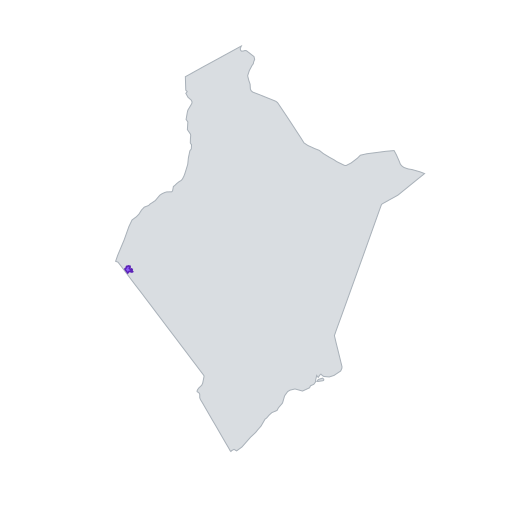 Suna West, Nyanza, Kenya (highlighted), rotated 20°
{"feature_id": "3690345B37794826705018", "entity_name": "Suna West", "entity_type": "district", "adm_level": 2, "iso_a3": "KEN", "parent_name": "Kenya", "parent_adm1": "Nyanza", "projection": "natural_earth1", "projection_center": [34.385, -1.091], "detail": "fine", "context": "in_parent", "style": "filled", "palette": "violet", "viewbox_px": 512, "rotation_deg": 20, "n_neighbors": 0, "source": "geoboundaries", "source_scale": "gbopen_adm2", "svg_char_len": 4244}
<svg xmlns="http://www.w3.org/2000/svg" viewBox="0 0 512 512"><g transform="rotate(20 256 256)"><path d="M125.9,309.0L125.8,302.5L126.6,286.1L126.5,271.8L127.2,264.5L130.2,260.0L131.7,256.7L132.7,252.0L134.3,248.3L137.9,245.2L138.6,243.5L142.4,238.4L144.8,231.8L146.5,229.5L148.7,227.4L150.2,226.3L152.8,225.3L154.7,224.6L155.1,224.1L155.3,223.0L154.6,218.9L155.5,217.6L156.8,214.9L158.4,212.3L159.8,210.7L160.5,209.0L160.9,206.2L161.0,204.1L160.9,200.8L160.5,193.2L158.9,186.9L157.9,179.8L158.6,177.5L157.3,173.3L156.7,173.1L155.6,172.2L154.3,168.3L153.3,164.7L152.6,163.8L148.3,160.7L146.1,153.3L143.6,151.6L142.3,144.3L142.1,142.2L143.5,134.9L143.3,133.2L141.9,131.7L137.8,130.1L134.4,127.1L134.9,126.0L135.1,125.0L133.3,124.2L128.3,111.7L134.8,104.2L141.4,96.6L149.9,87.0L157.7,78.1L164.4,70.5L170.4,63.7L170.3,65.0L170.3,66.7L171.0,67.8L172.3,68.5L174.0,67.7L175.5,66.6L176.9,66.4L185.9,69.3L187.5,71.7L187.4,74.4L187.7,76.3L187.1,78.3L186.3,84.1L186.5,89.5L189.2,93.5L191.7,96.6L193.6,101.0L195.0,102.4L196.9,103.1L203.1,103.2L212.3,103.5L221.1,103.8L221.9,103.9L223.8,104.5L231.9,110.4L239.4,115.9L245.7,120.6L251.8,125.2L257.7,129.6L262.4,133.3L266.9,134.4L274.3,135.0L279.4,135.1L284.1,136.7L291.1,138.1L296.4,138.9L299.5,139.7L308.3,140.6L309.8,140.1L313.6,136.0L317.9,129.3L319.6,125.6L325.2,122.0L335.1,116.9L342.0,113.3L349.7,109.7L353.2,112.8L358.1,117.9L360.2,120.3L362.0,121.4L364.6,122.2L367.8,122.2L369.5,122.1L373.1,121.4L381.5,120.8L386.2,120.9L382.2,127.5L377.4,135.5L368.6,150.2L361.9,157.9L356.8,163.8L356.3,164.8L356.3,171.3L356.4,187.2L356.6,219.1L356.7,250.9L356.8,282.7L356.8,298.6L356.9,304.0L361.3,310.7L365.7,317.2L371.5,325.9L374.6,330.5L375.1,332.0L374.9,335.1L370.1,341.6L366.2,344.6L361.0,346.0L359.4,345.7L357.4,344.8L356.6,346.3L356.0,348.8L354.8,348.2L353.9,347.5L354.4,351.8L355.0,354.0L354.2,356.8L351.6,359.3L351.4,361.5L345.9,367.0L338.1,367.6L333.9,370.4L332.1,372.6L330.7,377.6L331.2,385.1L329.0,391.0L328.6,393.9L324.5,397.7L322.7,401.1L321.4,404.6L320.3,406.2L318.9,414.1L317.0,418.9L316.5,420.5L316.0,421.9L314.6,424.7L313.6,426.7L312.9,428.0L308.1,440.3L304.4,445.8L301.5,445.2L299.6,447.3L299.3,448.3L298.3,447.8L295.9,445.7L290.9,441.6L285.9,437.4L280.9,433.2L275.9,429.0L270.9,424.9L265.9,420.7L260.9,416.5L255.9,412.3L252.9,409.9L251.6,408.4L250.6,405.6L250.1,404.8L248.8,403.9L247.2,403.7L246.8,403.2L246.8,401.8L247.3,399.8L249.2,396.0L249.4,393.7L249.0,391.1L248.4,387.1L247.9,386.1L244.6,384.0L237.7,379.5L230.7,375.0L223.8,370.5L216.8,366.0L209.9,361.5L202.9,357.0L195.9,352.5L189.0,348.0L182.0,343.5L175.1,339.0L168.1,334.5L161.2,330.0L154.2,325.6L147.2,321.1L140.3,316.6L133.3,312.1L130.7,310.4L128.4,309.0L125.9,309.0ZM357.3,352.6L356.1,353.0L356.7,350.8L360.3,348.0L361.8,348.6L362.1,349.3L362.0,349.9L361.4,350.4L357.3,352.6Z" fill="#d9dde1" stroke="#a8b0b8" stroke-width="1"/><path d="M145.5,312.8L145.4,312.8L145.2,312.8L145.1,312.7L144.9,312.7L144.6,312.4L144.4,312.2L144.5,312.1L144.5,311.9L144.4,311.8L144.4,311.7L144.4,311.4L144.3,311.2L144.2,311.1L144.2,310.9L143.9,310.9L143.7,310.8L143.6,310.7L143.4,310.7L143.4,310.8L143.4,311.0L143.4,311.3L143.4,311.5L143.4,311.8L143.2,312.0L143.1,311.9L142.9,311.8L142.7,311.8L142.5,311.7L142.4,311.7L142.2,311.5L142.2,311.4L142.0,311.2L141.9,311.1L141.7,311.0L141.7,310.9L141.5,310.7L141.4,310.7L141.2,310.7L141.3,310.4L141.4,310.2L141.5,309.9L141.5,309.6L141.6,309.4L141.5,309.2L141.4,309.1L141.4,309.3L141.2,309.2L141.2,309.3L141.1,309.2L140.9,309.1L140.7,309.2L140.4,309.1L140.2,308.9L139.9,308.8L139.7,308.8L139.6,309.0L139.4,309.1L139.2,309.3L138.9,309.5L138.7,309.7L138.4,309.6L138.2,309.8L138.1,310.0L137.9,310.1L137.9,310.3L138.1,310.4L138.2,310.5L138.2,310.8L138.0,311.0L138.1,311.3L138.1,311.5L138.1,311.8L138.0,312.0L137.9,312.1L137.7,312.2L137.7,312.3L137.4,312.5L137.3,312.8L137.2,313.1L138.0,313.7L139.3,314.6L141.3,315.9L141.4,315.7L141.5,315.5L141.5,315.3L141.5,315.2L141.6,314.9L141.7,314.6L141.8,314.4L141.8,314.2L142.1,313.9L142.3,313.8L142.4,313.7L142.5,313.7L142.6,313.8L142.8,313.8L142.8,313.7L143.1,313.6L143.4,313.6L143.5,313.7L143.8,313.5L144.1,313.5L144.3,313.5L144.5,313.5L144.8,313.6L144.9,313.4L145.0,313.4L145.3,313.2L145.5,313.1L145.5,312.8Z" fill="#8b5cf6" stroke="#5b21b6" stroke-width="1.5"/></g></svg>